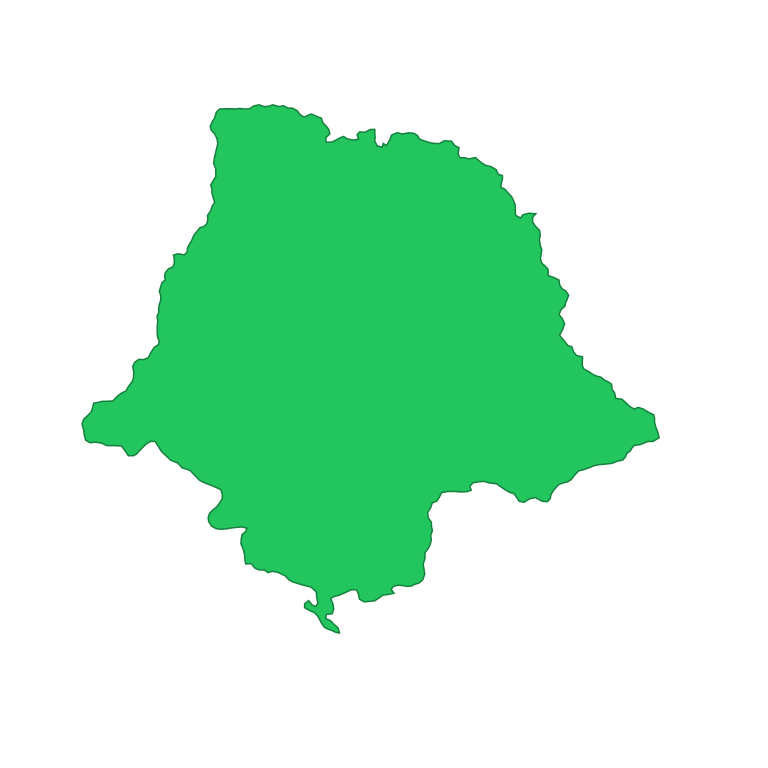 Bom Despacho, Minas Gerais, Brazil, rotated 286°
{"feature_id": "56859067B37689080878598", "entity_name": "Bom Despacho", "entity_type": "district", "adm_level": 2, "iso_a3": "BRA", "parent_name": "Brazil", "parent_adm1": "Minas Gerais", "projection": "robinson", "projection_center": [-45.298, -19.708], "detail": "fine", "context": "isolated", "style": "filled", "palette": "green", "viewbox_px": 768, "rotation_deg": 286, "n_neighbors": 0, "source": "geoboundaries", "source_scale": "gbopen_adm2", "svg_char_len": 5283}
<svg xmlns="http://www.w3.org/2000/svg" viewBox="0 0 768 768"><g transform="rotate(286 384 384)"><path d="M589.5,483.0L588.1,476.2L585.1,471.0L581.2,469.4L582.5,463.9L586.3,462.6L592.0,460.9L596.0,458.0L599.2,455.1L601.8,450.7L604.6,446.5L605.4,441.9L610.2,441.4L613.6,441.4L617.0,440.4L617.1,436.0L620.9,432.8L622.4,427.4L622.2,421.5L623.4,417.2L625.1,413.2L626.9,409.4L623.8,403.7L623.7,398.9L622.4,394.7L625.5,391.8L631.9,390.9L632.6,386.5L636.0,381.9L634.4,374.9L630.4,371.0L629.1,366.2L628.6,360.6L628.8,354.8L629.3,350.5L632.2,347.6L633.2,343.5L632.2,338.3L629.3,332.6L629.3,327.6L625.5,322.7L620.4,322.3L614.0,320.7L615.0,316.9L611.1,317.1L611.0,311.9L615.0,308.1L618.7,307.5L622.0,306.2L626.2,304.9L624.8,300.5L620.8,296.4L619.6,291.1L616.4,289.4L612.4,292.0L610.0,287.5L609.5,281.3L610.8,276.8L608.2,273.5L605.5,270.8L602.2,267.3L600.4,261.6L604.9,260.3L609.5,263.0L613.5,260.7L616.2,257.0L618.2,253.4L622.3,250.4L622.6,246.0L623.5,240.0L621.3,236.8L618.6,233.9L619.4,229.9L622.8,225.1L623.9,220.2L622.8,215.6L623.8,210.8L621.7,206.4L621.7,200.1L619.5,197.0L617.5,192.4L618.0,187.1L615.5,182.3L611.3,178.6L609.9,174.0L609.1,169.3L607.5,165.6L605.9,159.0L603.0,150.1L599.1,147.9L593.2,147.9L588.2,146.5L583.9,145.9L580.5,147.9L577.3,152.8L573.4,156.1L568.9,158.0L563.3,158.2L559.6,158.4L554.9,158.6L548.9,159.5L544.7,162.9L541.1,163.9L537.0,165.2L532.9,163.9L527.4,162.6L524.4,164.8L520.7,165.7L516.3,168.3L511.8,171.2L508.1,169.9L502.5,169.6L497.4,167.9L493.6,169.3L489.5,169.5L486.3,168.0L483.6,164.1L479.7,162.4L474.8,160.3L468.1,159.4L463.6,158.1L460.2,157.6L456.4,158.4L453.1,156.3L452.4,150.1L449.9,146.1L446.6,147.9L441.9,149.2L438.4,148.7L435.3,145.1L430.7,143.1L427.1,143.4L423.7,145.0L420.4,142.7L416.0,142.5L411.1,142.5L407.3,145.1L402.9,146.3L398.5,146.1L394.6,146.5L390.9,147.8L386.7,147.1L382.0,149.2L376.5,150.2L371.3,151.7L366.2,153.6L363.1,156.3L359.7,156.3L355.8,153.0L350.5,151.4L344.3,150.1L341.2,146.2L340.1,141.5L336.0,138.3L331.6,137.7L326.8,140.0L321.5,141.4L317.3,141.4L313.8,140.0L310.3,138.8L306.3,137.9L302.6,133.9L298.5,130.9L293.0,128.0L291.0,122.4L289.7,118.0L287.7,114.6L285.5,110.2L280.8,110.4L276.4,110.2L272.6,108.2L267.5,105.1L262.4,104.7L257.3,107.9L252.6,109.8L247.8,112.6L246.5,117.5L248.6,123.0L249.3,128.8L248.4,134.8L250.4,141.6L252.0,148.8L248.2,153.8L244.6,158.0L246.0,163.0L248.7,165.6L252.4,167.3L256.4,169.5L260.9,172.0L264.6,175.6L265.7,179.8L261.5,184.6L257.7,188.8L254.8,194.5L251.9,200.1L251.1,207.9L247.7,213.1L247.7,218.0L247.3,221.9L245.1,225.3L243.3,228.6L240.7,233.0L239.7,237.5L239.3,241.6L238.8,247.3L237.5,256.3L233.4,258.9L229.5,260.1L224.6,258.9L219.7,257.0L215.1,253.8L211.5,251.9L206.7,251.9L203.3,253.5L199.8,257.4L198.7,262.4L199.3,266.8L201.2,272.0L203.6,277.1L205.4,281.5L207.4,286.7L207.6,291.8L204.0,291.8L200.4,289.1L196.1,289.4L191.0,290.5L188.2,292.8L185.2,294.9L182.0,296.8L177.1,298.6L173.0,300.6L174.7,306.1L171.5,310.4L170.9,315.2L172.2,320.4L170.7,324.2L173.0,328.0L173.8,333.5L172.3,342.1L169.6,346.4L168.6,350.5L168.4,358.7L168.4,363.1L168.7,369.7L165.5,376.2L160.4,378.1L155.1,380.8L151.4,379.8L151.8,375.8L155.0,371.3L150.9,368.3L147.1,369.3L145.8,374.6L144.9,380.7L141.9,385.1L137.1,389.6L133.6,393.9L132.9,397.8L132.7,401.8L132.0,406.0L132.3,409.8L136.9,407.1L139.1,402.2L141.8,397.8L142.4,392.6L146.7,392.2L148.9,397.6L154.2,397.6L159.1,395.1L163.1,391.9L166.0,394.7L168.0,398.2L170.7,401.8L174.0,405.6L177.2,409.3L178.6,414.4L174.6,417.6L170.4,419.7L169.1,425.1L170.9,429.5L172.9,434.7L177.3,438.5L180.6,441.0L182.8,446.0L185.6,451.3L188.6,447.5L192.1,448.9L194.4,452.8L195.3,456.8L195.8,462.0L197.3,465.9L199.9,468.7L202.4,472.6L206.3,475.2L212.4,475.6L217.0,473.5L221.4,471.4L228.0,471.4L233.1,469.9L237.5,471.6L241.8,472.6L247.0,472.5L251.5,470.6L256.1,471.0L260.3,468.9L264.2,467.6L267.6,463.4L272.5,461.4L278.3,463.0L283.0,463.2L285.9,467.0L290.5,468.5L295.2,469.1L298.1,474.5L300.0,480.8L301.5,488.0L303.5,493.6L305.9,497.1L309.2,494.8L313.4,496.6L315.9,501.4L318.0,507.1L317.9,512.5L319.1,519.7L317.4,524.7L315.8,529.3L314.5,534.7L314.5,538.9L311.8,542.5L308.5,546.3L308.9,551.3L311.6,553.6L314.3,556.4L316.5,560.9L314.9,568.3L315.9,573.5L319.6,575.4L323.7,575.0L328.4,576.3L335.4,579.6L338.6,583.8L340.3,587.1L343.4,590.1L348.1,592.0L354.2,595.1L356.9,599.9L360.2,604.5L363.3,608.3L365.6,612.6L368.0,618.8L370.5,624.9L374.2,629.7L376.7,634.4L380.5,636.2L384.5,636.6L387.3,639.1L390.5,639.9L393.9,641.5L396.4,647.1L399.3,650.7L401.5,653.6L402.9,658.4L408.2,663.3L412.8,660.7L417.7,657.0L422.0,654.5L425.5,653.6L428.7,651.7L429.9,645.2L431.5,639.8L431.5,634.7L428.9,631.6L430.0,626.6L432.6,621.8L435.0,616.9L434.0,610.8L439.1,608.1L441.5,604.8L446.6,602.8L448.0,598.5L448.6,594.7L450.4,590.3L450.2,585.4L451.1,581.0L452.5,577.1L453.3,572.4L456.2,569.5L460.1,568.5L464.7,567.5L464.5,561.1L467.2,557.4L471.5,554.2L471.7,550.1L474.2,546.6L476.6,543.3L479.1,539.4L482.4,540.0L486.4,540.8L491.7,541.0L495.9,537.5L499.0,533.1L504.3,533.7L508.6,536.4L512.2,536.2L515.6,536.7L520.3,537.0L523.5,533.1L524.6,529.1L527.4,525.7L532.1,523.6L533.2,517.6L533.5,511.9L539.3,510.2L541.7,506.6L543.4,502.7L547.3,499.9L551.9,499.3L556.5,498.7L560.3,496.0L565.6,493.6L570.1,493.2L574.5,491.2L577.2,486.4L580.5,482.3L585.2,480.9L589.5,483.0Z" fill="#22c55e" stroke="#15803d" stroke-width="1.5"/></g></svg>